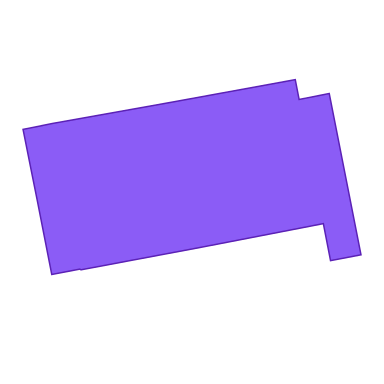 Liberty, Montana, United States of America (Robinson projection), rotated 259°
{"feature_id": "52423323B12424842950732", "entity_name": "Liberty", "entity_type": "district", "adm_level": 2, "iso_a3": "USA", "parent_name": "United States of America", "parent_adm1": "Montana", "projection": "robinson", "projection_center": [-111.06, 48.565], "detail": "fine", "context": "isolated", "style": "filled", "palette": "violet", "viewbox_px": 384, "rotation_deg": 259, "n_neighbors": 0, "source": "geoboundaries", "source_scale": "gbopen_adm2", "svg_char_len": 364}
<svg xmlns="http://www.w3.org/2000/svg" viewBox="0 0 384 384"><g transform="rotate(259 192 192)"><path d="M98.2,314.9L98.1,345.9L262.5,345.5L262.4,314.8L282.6,314.8L284.0,191.6L285.9,68.1L285.7,38.1L245.4,38.3L245.2,38.3L212.5,38.5L137.8,38.6L137.7,67.1L136.8,68.2L136.0,191.6L135.9,314.9L98.2,314.9Z" fill="#8b5cf6" stroke="#5b21b6" stroke-width="1.5"/></g></svg>